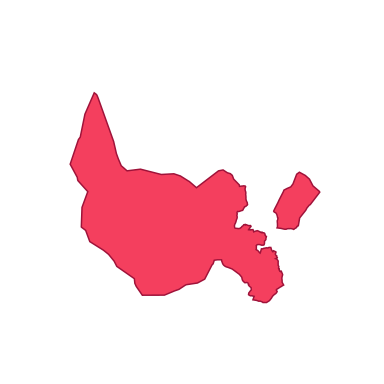 Oyo West, Oyo, Nigeria (orthographic projection), rotated 334°
{"feature_id": "59680162B62394297156991", "entity_name": "Oyo West", "entity_type": "district", "adm_level": 2, "iso_a3": "NGA", "parent_name": "Nigeria", "parent_adm1": "Oyo", "projection": "orthographic", "projection_center": [3.921, 7.958], "detail": "fine", "context": "isolated", "style": "filled", "palette": "rose", "viewbox_px": 384, "rotation_deg": 334, "n_neighbors": 0, "source": "geoboundaries", "source_scale": "gbopen_adm2", "svg_char_len": 5899}
<svg xmlns="http://www.w3.org/2000/svg" viewBox="0 0 384 384"><g transform="rotate(334 192 192)"><path d="M102.1,263.0L122.0,272.6L132.3,273.2L132.6,273.2L137.6,273.8L145.1,272.8L146.2,272.8L157.0,276.2L165.2,275.9L177.9,266.4L179.5,265.8L182.1,263.1L185.2,264.1L188.8,265.9L188.4,267.2L188.4,268.1L188.2,268.8L188.2,269.5L188.2,270.8L188.5,271.9L189.3,273.5L190.2,274.5L191.5,275.7L194.4,278.9L198.5,286.8L199.4,290.5L199.2,291.0L199.1,291.5L198.9,292.1L198.8,292.8L198.7,293.6L198.9,294.7L199.2,295.2L199.2,295.5L199.6,296.6L200.4,297.0L201.0,297.2L201.4,297.3L201.6,297.3L201.8,297.5L202.0,297.9L202.3,298.1L202.4,298.4L202.4,299.3L202.5,299.9L202.0,300.1L202.1,300.8L202.2,301.6L202.9,303.2L203.2,303.8L202.8,304.9L202.6,305.5L202.4,305.9L202.1,306.1L201.2,306.4L198.7,307.7L197.8,309.1L198.0,309.5L198.9,310.8L199.4,311.1L200.5,311.6L200.9,311.9L201.2,312.4L201.6,312.6L202.1,313.0L201.7,313.4L201.0,314.1L199.5,315.6L202.6,317.8L204.1,319.4L205.5,320.0L207.1,321.8L207.3,322.4L210.5,324.0L214.0,323.6L216.9,322.2L218.7,321.0L220.8,320.3L222.8,320.0L224.1,319.4L224.6,319.0L224.9,318.8L224.9,318.3L224.8,317.0L226.3,316.4L226.6,316.5L227.1,316.5L228.0,316.3L228.6,316.3L229.7,316.1L230.8,316.1L232.1,315.9L232.5,315.9L233.6,315.8L233.5,314.9L233.5,313.9L233.4,312.7L234.0,311.5L234.5,310.2L235.0,308.8L235.8,307.7L236.8,306.5L237.1,306.3L237.3,305.8L237.5,302.8L237.5,302.3L236.6,302.3L236.6,302.2L236.6,301.7L236.2,301.6L236.3,300.6L236.2,300.3L236.4,300.1L236.7,299.3L236.3,299.1L236.3,298.9L236.3,298.6L236.5,298.3L237.4,297.0L237.4,296.7L237.3,295.7L238.1,294.0L238.4,293.4L238.5,293.1L239.0,292.3L239.2,291.6L239.2,291.2L239.1,290.7L238.6,289.1L238.5,288.9L238.2,288.8L238.0,288.6L239.3,288.6L239.7,288.6L239.8,288.5L239.9,288.4L239.7,288.1L239.6,287.8L239.7,287.0L240.2,286.8L240.2,286.7L239.6,285.4L239.6,285.0L239.7,284.4L239.7,284.2L240.1,283.9L240.5,283.6L240.9,283.2L241.0,283.0L240.9,282.8L241.1,282.4L240.5,281.8L239.6,280.6L238.5,281.2L238.4,281.1L238.3,280.6L238.3,280.0L238.1,279.0L238.3,277.8L238.5,276.8L238.5,276.4L238.3,276.4L237.9,276.1L237.1,275.6L236.5,275.5L235.9,275.6L235.0,275.2L234.7,274.9L233.7,274.6L232.9,274.4L231.8,274.1L231.3,274.0L230.8,274.1L230.6,274.1L230.1,273.8L229.5,273.5L227.0,276.3L226.4,276.8L226.2,276.4L225.7,274.3L225.5,273.6L225.3,273.2L224.6,272.3L224.4,272.0L224.4,271.8L224.7,271.7L226.1,268.9L226.2,268.6L226.2,268.4L227.0,268.0L228.2,268.1L229.6,268.8L229.9,269.0L230.6,269.7L231.5,270.5L232.4,270.8L232.9,270.9L233.0,271.1L233.4,271.1L233.7,271.0L234.6,270.0L235.3,268.6L235.7,267.9L236.1,267.8L237.5,267.2L238.3,265.8L239.0,265.1L239.3,264.7L239.1,264.6L239.0,264.3L239.0,263.5L238.8,263.2L238.8,262.9L239.0,262.7L238.9,262.3L239.2,261.3L239.1,260.7L238.6,260.2L238.4,260.0L238.0,259.8L237.5,259.5L237.4,259.4L237.5,259.0L237.3,258.8L237.2,258.9L237.1,259.0L236.8,259.0L236.8,258.9L236.5,258.6L236.0,258.4L235.9,257.9L235.6,257.7L235.5,257.4L235.3,257.2L235.1,256.9L234.8,256.6L234.6,256.2L234.0,255.7L233.6,255.3L233.1,255.3L231.9,255.0L231.5,255.0L231.2,255.0L230.9,254.9L230.7,254.9L230.0,254.9L230.0,254.7L230.3,253.4L230.3,252.9L230.3,252.5L229.1,252.0L228.8,252.0L228.4,251.7L228.1,251.8L227.3,251.2L226.6,251.0L226.3,250.7L227.1,250.2L227.8,250.0L228.7,249.3L229.9,248.9L230.0,248.1L229.9,247.9L229.7,248.0L229.6,247.9L229.4,247.7L228.5,247.1L228.2,247.0L227.9,246.8L227.5,246.4L226.7,245.4L226.2,245.1L226.0,244.8L225.9,244.7L225.8,244.8L225.7,244.9L225.6,245.0L225.5,244.9L225.4,244.7L225.3,244.8L225.2,244.7L224.9,244.6L224.5,244.2L224.2,244.1L223.7,244.4L223.4,244.5L223.0,244.7L222.4,244.8L222.2,244.8L221.5,245.0L221.2,245.2L220.8,245.4L219.5,245.6L219.1,245.7L218.8,245.6L218.3,245.4L218.1,245.3L217.8,245.3L217.4,245.1L216.4,244.3L215.5,243.9L215.1,243.6L214.8,243.2L214.7,243.0L215.1,241.5L215.5,240.7L216.5,239.6L217.5,238.9L217.9,238.6L218.0,238.3L218.9,237.5L219.5,236.7L220.8,235.5L221.1,235.2L221.5,234.6L221.7,234.0L221.9,233.7L222.0,233.3L222.0,232.7L222.5,232.2L222.9,231.7L223.2,231.1L223.2,230.6L223.5,230.1L223.8,229.8L224.6,229.5L225.1,229.9L225.5,230.1L227.8,230.4L228.4,230.4L229.4,230.7L229.8,230.5L230.4,230.1L231.1,229.4L231.5,229.2L231.9,229.1L232.2,228.9L232.7,228.3L233.2,228.4L233.6,228.5L234.1,228.5L234.7,228.3L235.1,228.1L235.9,228.0L236.4,227.7L236.5,227.1L236.6,226.9L237.0,225.9L237.0,224.0L237.2,222.6L237.4,222.2L237.4,221.9L238.0,220.8L238.7,219.2L239.2,217.7L239.8,216.8L240.3,215.6L240.5,214.1L240.9,212.8L241.5,211.8L242.5,210.8L242.5,210.1L241.6,209.4L241.1,209.1L239.8,208.7L239.1,208.4L237.2,207.8L237.6,206.3L235.1,198.7L235.5,194.7L234.5,192.3L232.2,190.2L229.6,185.8L225.1,184.6L197.9,190.1L194.1,181.2L193.8,180.9L188.6,172.5L183.7,167.7L172.1,162.8L155.7,148.9L142.9,144.5L139.9,137.4L140.3,130.0L140.9,124.3L143.7,112.3L148.8,66.5L149.0,63.2L148.7,62.1L147.6,60.0L129.9,75.1L115.6,93.7L113.0,95.0L94.7,113.6L95.3,128.5L94.5,131.2L94.5,132.0L98.5,146.0L86.4,157.6L77.2,174.9L77.2,175.1L79.6,179.9L78.4,191.8L86.9,205.5L89.7,211.5L91.7,220.0L91.8,225.9L102.2,244.6L100.6,249.0L100.5,252.4L102.1,263.0ZM252.7,261.5L256.0,263.7L258.7,265.9L260.2,266.7L261.5,266.8L262.6,267.2L263.6,267.7L264.8,268.2L265.9,269.0L266.1,269.3L266.3,269.4L266.7,269.7L267.0,270.2L267.8,270.1L268.3,269.9L268.8,269.9L269.5,269.9L269.9,269.8L270.5,269.7L270.9,269.2L271.2,269.0L271.9,269.0L272.2,268.8L272.5,268.8L272.8,268.9L277.4,262.5L286.2,258.3L288.2,256.8L291.7,255.2L292.7,255.2L306.7,248.2L306.8,247.4L303.4,239.5L303.2,231.9L301.1,226.8L297.2,221.3L293.9,221.9L286.3,229.0L283.0,230.7L279.0,230.5L275.5,230.6L274.2,231.8L272.6,233.0L266.6,237.5L264.7,239.1L260.7,242.1L259.6,242.9L257.0,245.0L257.0,245.7L257.4,246.5L257.9,247.0L258.2,247.6L258.4,249.2L258.2,250.3L258.1,251.1L257.8,251.9L257.7,252.7L257.9,253.1L257.5,253.5L256.8,254.6L256.1,255.1L255.6,256.1L255.0,257.7L253.9,260.1L253.4,260.9L253.1,261.2L252.9,261.3L252.7,261.5Z" fill="#f43f5e" stroke="#9f1239" stroke-width="1.5"/></g></svg>